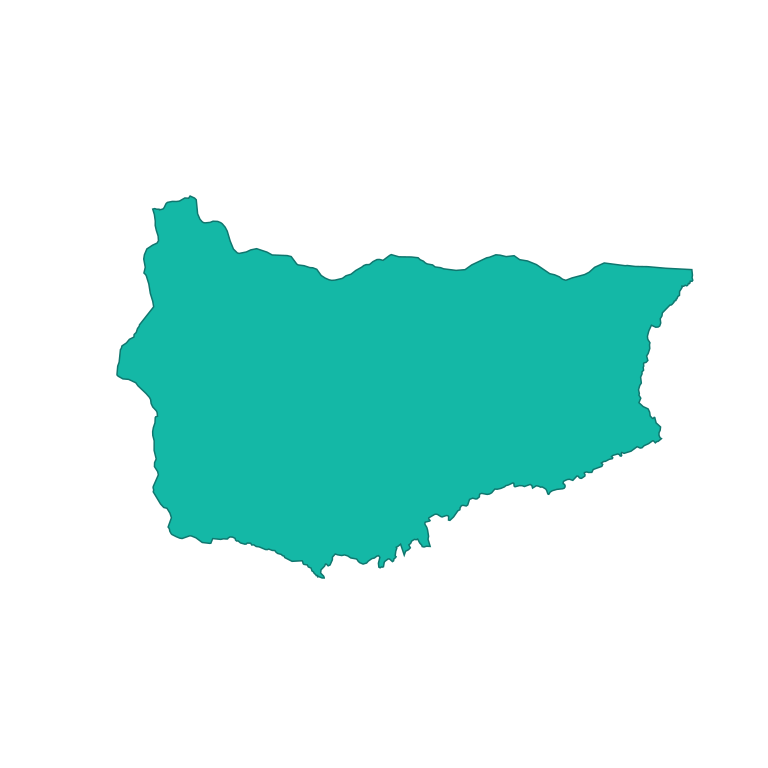 the district of Sotrile, Prahova, Romania, rotated 291°
{"feature_id": "2599482B85734359359227", "entity_name": "Sotrile", "entity_type": "district", "adm_level": 2, "iso_a3": "ROU", "parent_name": "Romania", "parent_adm1": "Prahova", "projection": "equal_earth", "projection_center": [25.714, 45.211], "detail": "fine", "context": "isolated", "style": "filled", "palette": "teal", "viewbox_px": 768, "rotation_deg": 291, "n_neighbors": 0, "source": "geoboundaries", "source_scale": "gbopen_adm2", "svg_char_len": 6171}
<svg xmlns="http://www.w3.org/2000/svg" viewBox="0 0 768 768"><g transform="rotate(291 384 384)"><path d="M601.1,630.4L593.1,605.8L588.0,588.0L583.8,576.5L581.8,568.6L580.9,566.9L575.9,546.2L568.4,538.8L561.9,535.5L558.0,532.0L550.4,521.5L546.0,516.6L545.8,513.2L546.9,509.3L547.1,504.2L546.4,499.2L550.1,483.6L550.3,473.9L548.7,466.1L550.4,459.5L546.7,452.4L545.9,446.3L544.7,442.1L540.1,437.0L538.6,434.6L526.6,423.2L519.8,418.7L515.9,410.6L512.9,398.4L512.9,395.2L511.6,389.8L512.6,386.7L511.6,381.4L511.8,379.3L512.8,376.8L513.0,373.2L514.1,370.6L512.4,364.1L508.1,352.4L507.4,344.4L506.1,343.2L499.1,338.8L498.7,335.3L497.7,332.9L494.4,329.9L490.3,327.6L489.0,324.5L487.4,322.7L485.1,321.3L479.8,316.9L474.7,313.9L471.4,309.7L467.7,307.3L463.4,301.0L462.0,298.0L461.6,295.4L461.8,291.1L462.8,286.5L467.0,280.1L467.0,275.9L466.1,273.0L465.8,267.0L464.4,261.2L464.7,259.6L469.7,251.7L469.2,247.6L464.4,233.4L465.2,227.5L464.7,216.6L461.5,211.6L457.9,208.1L454.0,202.0L453.8,200.1L456.0,195.1L462.4,189.1L470.5,182.9L473.5,179.5L475.6,175.6L476.1,173.8L476.2,170.5L474.7,166.0L472.6,163.8L470.3,159.2L470.0,157.7L470.3,156.1L471.2,154.4L471.9,153.1L476.1,149.0L488.7,142.7L489.7,140.5L490.0,135.6L487.4,135.0L486.3,131.4L481.4,127.4L480.0,124.8L478.6,120.9L475.9,116.7L474.4,115.9L469.7,115.5L468.0,114.8L466.1,111.9L466.6,111.4L465.7,109.2L465.6,107.1L464.4,105.4L459.9,108.9L454.1,112.1L450.0,113.6L445.8,116.4L441.2,120.1L436.9,122.1L434.2,121.6L430.7,118.2L425.1,114.2L418.8,114.0L414.6,114.9L407.4,119.3L401.6,120.1L400.6,122.4L399.7,123.4L393.1,128.6L384.8,133.4L378.3,138.5L373.5,141.3L351.6,134.5L350.3,134.8L347.5,134.0L343.3,134.2L340.7,133.0L338.2,133.7L334.5,130.3L330.0,128.8L325.6,125.7L323.1,126.0L321.7,125.6L309.5,128.9L305.2,129.0L297.2,131.3L296.6,131.7L296.0,133.1L295.2,138.4L296.8,143.9L296.2,151.8L294.1,155.0L289.8,165.4L287.4,169.9L285.8,171.7L282.3,173.6L279.7,176.3L277.4,181.0L276.1,182.4L272.7,184.1L271.5,182.6L270.6,182.5L265.7,184.1L260.6,184.3L256.6,185.1L253.1,186.6L248.6,189.8L239.6,193.2L232.4,198.2L228.4,198.0L224.6,199.3L221.1,204.1L218.3,205.9L205.6,205.3L204.4,205.6L202.5,207.0L200.6,207.2L191.9,218.4L189.8,222.6L190.2,225.9L186.7,230.5L182.9,233.5L173.1,233.7L172.0,235.4L169.8,236.8L168.0,238.9L167.5,240.0L167.0,244.8L166.9,248.6L167.4,250.9L172.7,257.1L173.1,258.6L173.0,263.6L170.9,271.1L172.8,278.5L173.3,279.4L178.3,279.5L180.4,287.2L182.0,289.7L182.8,292.4L183.3,293.5L184.5,293.8L186.0,295.0L186.8,297.5L186.5,300.4L185.2,301.2L184.6,302.6L185.2,304.1L184.2,307.0L184.6,311.5L185.3,312.8L186.5,313.3L187.6,316.6L186.3,318.2L187.2,320.0L186.5,322.9L187.2,325.8L187.0,332.7L187.6,334.5L188.6,335.5L188.6,339.3L189.4,341.8L188.3,343.4L187.7,345.4L188.1,349.3L187.4,350.6L187.5,352.5L186.4,353.5L185.5,361.7L189.6,370.8L189.0,371.7L187.3,372.9L186.9,373.8L187.6,377.2L186.1,378.9L186.0,381.9L183.7,383.7L183.3,385.5L182.2,386.7L181.6,388.5L180.8,389.5L181.4,390.6L180.2,391.3L180.8,392.1L180.7,395.7L181.5,397.7L181.9,397.5L183.0,396.5L184.8,392.6L187.9,391.8L192.7,393.8L194.9,393.9L195.2,394.9L194.2,397.0L195.7,398.5L201.4,398.8L203.9,397.9L207.8,399.4L207.9,401.9L208.7,406.0L210.3,408.4L210.5,411.8L209.7,415.3L210.7,420.6L210.6,421.6L209.2,423.5L208.5,425.3L208.4,429.0L210.6,431.9L213.0,432.8L216.7,435.3L218.1,437.4L220.7,439.0L221.8,440.4L220.7,442.3L214.7,443.0L211.2,444.8L211.0,446.2L212.4,447.3L212.5,448.2L213.2,449.0L217.7,448.1L219.1,448.6L222.2,450.6L222.6,451.9L221.2,455.5L222.3,456.3L224.4,456.0L226.0,457.0L227.1,457.2L227.6,456.0L232.2,454.9L235.3,454.8L236.0,453.9L237.6,455.3L240.4,456.9L231.5,464.2L235.6,464.1L238.1,466.3L240.5,467.3L242.7,464.8L244.7,466.0L247.2,466.1L249.8,468.0L250.2,469.9L251.3,471.0L248.4,474.3L247.0,477.0L245.9,477.9L246.2,479.8L247.8,481.9L248.9,485.3L254.9,480.7L257.8,480.2L263.3,477.0L265.5,475.3L267.6,472.6L268.8,472.0L269.8,472.0L272.5,475.8L273.1,475.9L274.2,474.0L275.1,473.8L280.3,477.9L281.1,479.0L281.4,480.6L280.6,484.7L280.7,485.9L283.6,489.4L283.9,490.8L283.5,491.8L280.1,493.0L280.3,494.4L284.8,496.6L292.1,498.4L293.8,499.9L295.8,499.4L298.2,499.9L299.1,501.3L299.6,504.5L301.1,505.5L306.9,505.2L309.2,507.7L309.5,510.7L310.1,512.0L312.8,513.5L314.9,512.8L315.8,513.0L316.9,514.4L317.9,519.9L319.1,521.9L321.0,523.5L325.6,525.1L326.4,527.5L328.4,530.5L331.2,533.4L332.8,534.2L334.2,536.2L337.8,539.7L337.8,540.8L335.3,542.1L335.0,543.1L337.7,546.9L338.6,549.5L338.6,551.8L342.6,556.4L342.2,558.4L340.1,560.0L343.6,562.7L344.0,565.0L343.8,567.1L344.6,568.7L343.9,572.6L342.9,574.0L340.4,576.1L339.9,576.8L340.1,577.4L342.7,577.9L344.8,579.5L347.6,583.2L350.2,588.3L351.2,589.5L352.6,589.9L353.8,589.6L355.0,588.5L355.2,587.1L355.6,586.7L357.3,586.5L358.2,587.1L360.4,589.2L361.5,591.2L361.7,594.8L367.2,597.1L367.5,598.3L366.4,600.1L366.4,601.3L366.8,602.3L370.0,604.5L371.3,604.2L372.6,602.8L373.5,603.2L374.6,604.9L374.7,606.7L376.0,609.7L379.2,610.0L385.2,616.9L387.3,617.0L388.1,615.2L390.4,616.9L391.2,618.5L394.4,621.3L396.1,623.9L397.1,624.0L397.8,622.4L399.4,623.3L402.4,627.2L402.5,628.9L401.5,630.2L401.6,631.2L402.4,631.5L404.2,630.3L405.3,630.5L405.3,633.0L409.8,638.7L416.2,642.8L416.0,646.1L416.9,647.7L419.7,649.0L423.1,652.4L427.2,655.1L427.5,656.0L426.3,658.4L428.0,659.3L428.7,660.5L432.4,662.6L432.8,660.9L434.7,659.1L437.1,658.2L439.9,658.4L443.0,657.6L445.2,652.0L449.7,648.8L449.7,648.2L448.4,647.7L448.1,647.0L449.5,644.0L452.9,642.1L455.4,639.5L455.8,634.0L457.9,628.7L462.8,628.8L464.9,626.0L466.6,625.8L469.8,623.7L474.2,623.3L477.1,623.9L482.4,621.1L485.9,621.3L487.7,620.5L489.9,621.4L492.4,620.0L493.8,620.1L496.0,619.0L496.8,619.1L498.1,620.9L500.5,621.9L504.3,619.1L507.1,619.7L512.4,619.4L515.8,617.8L517.8,617.5L520.3,614.2L523.0,612.8L528.6,612.2L534.7,612.6L534.4,617.4L535.5,619.6L537.0,620.6L540.1,620.5L543.9,618.5L547.2,619.1L550.2,618.4L560.2,622.7L560.5,623.6L561.4,624.3L564.2,625.4L565.2,625.2L566.6,626.6L567.7,626.3L568.5,626.9L571.1,627.0L572.6,628.1L576.3,626.8L581.0,627.7L582.1,627.1L582.7,628.8L584.1,629.8L584.2,631.5L585.1,632.1L587.0,632.2L587.1,633.1L587.9,633.4L589.7,633.1L590.3,634.8L591.5,635.1L593.7,633.5L596.1,633.0L601.1,630.4Z" fill="#14b8a6" stroke="#0f766e" stroke-width="1.5"/></g></svg>